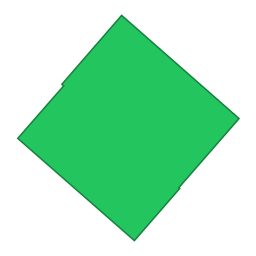 Spink, South Dakota, United States of America (Robinson projection), rotated 41°
{"feature_id": "52423323B36678766144900", "entity_name": "Spink", "entity_type": "district", "adm_level": 2, "iso_a3": "USA", "parent_name": "United States of America", "parent_adm1": "South Dakota", "projection": "robinson", "projection_center": [-98.314, 44.938], "detail": "fine", "context": "isolated", "style": "filled", "palette": "green", "viewbox_px": 256, "rotation_deg": 41, "n_neighbors": 0, "source": "geoboundaries", "source_scale": "gbopen_adm2", "svg_char_len": 306}
<svg xmlns="http://www.w3.org/2000/svg" viewBox="0 0 256 256"><g transform="rotate(41 128 128)"><path d="M206.7,208.8L206.7,139.6L205.5,139.6L205.6,70.9L205.6,48.0L49.3,47.2L49.4,138.4L51.8,138.4L51.7,162.0L51.6,208.2L129.1,208.5L206.7,208.8Z" fill="#22c55e" stroke="#15803d" stroke-width="1.5"/></g></svg>